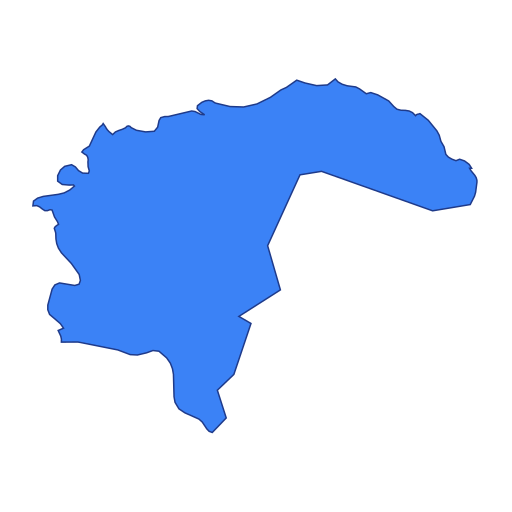 an SVG outline of Lofa, rotated 269°
{"feature_id": "LBR-787", "entity_name": "Lofa", "entity_type": "County", "adm_level": 1, "iso_a3": "LBR", "parent_name": "Liberia", "parent_adm1": "", "projection": "natural_earth1", "projection_center": [-9.763, 7.877], "detail": "fine", "context": "isolated", "style": "filled", "palette": "blue", "viewbox_px": 512, "rotation_deg": 269, "n_neighbors": 0, "source": "natural_earth", "source_scale": "10m", "svg_char_len": 2376}
<svg xmlns="http://www.w3.org/2000/svg" viewBox="0 0 512 512"><g transform="rotate(269 256 256)"><path d="M80.3,209.2L81.5,206.1L84.0,203.8L91.0,199.3L94.0,196.0L100.4,182.2L104.5,176.3L111.1,172.5L116.7,171.6L139.1,171.4L144.8,170.5L150.3,168.5L155.7,164.9L162.5,157.3L163.3,151.3L161.1,144.9L159.1,135.7L159.6,128.5L164.5,116.2L173.1,76.5L173.3,59.9L176.3,60.0L179.3,59.4L185.0,56.9L187.2,62.3L191.8,59.2L201.2,48.6L205.9,46.9L210.6,47.0L226.5,51.6L230.6,54.4L232.5,59.1L229.7,74.3L230.9,78.6L234.6,80.0L240.6,78.9L251.7,71.3L262.6,61.5L267.3,58.6L271.8,57.0L276.4,56.3L281.9,56.2L283.2,56.0L287.2,54.8L288.5,55.5L289.8,57.0L291.1,59.1L293.6,58.2L298.6,55.2L305.5,52.9L305.9,50.8L305.0,48.3L305.0,45.7L306.9,42.9L308.9,40.5L310.2,37.7L310.0,33.8L314.8,34.5L317.7,38.7L319.3,44.3L321.1,59.4L322.4,65.2L325.2,70.9L329.1,75.7L330.2,74.8L330.2,70.2L330.9,63.5L334.3,59.0L339.8,59.1L345.4,62.0L349.0,66.3L350.5,73.2L348.2,77.0L344.5,80.0L341.9,84.1L341.6,89.9L344.0,90.8L348.2,89.7L353.0,89.6L355.2,89.9L357.6,89.5L359.7,88.4L361.0,86.2L363.0,83.7L365.3,85.5L368.8,91.3L382.8,98.1L387.7,102.1L389.7,104.6L391.1,105.5L387.7,107.8L386.5,108.4L384.7,109.6L382.9,111.2L379.9,114.8L382.5,117.6L383.9,121.0L385.0,124.5L386.5,127.8L387.9,129.2L388.3,130.6L387.9,132.1L386.5,133.5L383.8,138.6L382.0,147.8L382.5,156.5L386.5,159.9L393.3,161.5L396.0,163.2L397.0,167.1L397.0,170.8L402.1,194.2L401.5,197.6L398.5,203.4L398.1,207.1L401.4,202.4L404.4,199.7L407.3,200.1L410.6,204.5L412.0,208.0L412.5,211.3L411.9,214.6L409.9,217.5L409.5,218.5L405.9,232.6L405.2,246.2L408.0,259.6L414.4,273.2L421.6,283.8L424.0,289.3L427.7,294.8L431.1,299.8L428.1,308.1L425.3,319.6L425.8,330.5L431.7,338.4L428.6,341.1L426.2,345.2L424.6,350.1L423.3,358.7L421.3,362.4L416.3,369.1L417.4,373.6L415.0,380.5L408.7,391.4L403.0,396.4L400.3,399.5L399.2,403.5L399.0,407.9L398.3,411.7L396.6,415.0L393.5,418.0L394.5,418.9L394.5,419.0L394.9,420.0L395.1,421.2L395.5,422.4L388.7,430.6L378.0,439.0L373.6,441.3L367.4,442.9L362.0,445.9L354.3,447.6L351.5,450.1L349.4,453.6L347.8,457.6L349.2,461.3L347.4,466.2L343.9,470.7L340.0,473.1L340.0,471.1L337.6,472.4L332.8,476.2L330.5,477.5L327.9,478.2L326.0,478.2L315.9,476.7L312.0,475.5L303.7,471.1L298.1,433.4L339.5,323.0L336.4,301.4L266.1,267.8L221.7,279.8L195.9,237.8L188.6,249.8L138.0,231.8L122.5,215.0L94.6,223.4L80.3,209.2Z" fill="#3b82f6" stroke="#1e3a8a" stroke-width="1.5"/></g></svg>